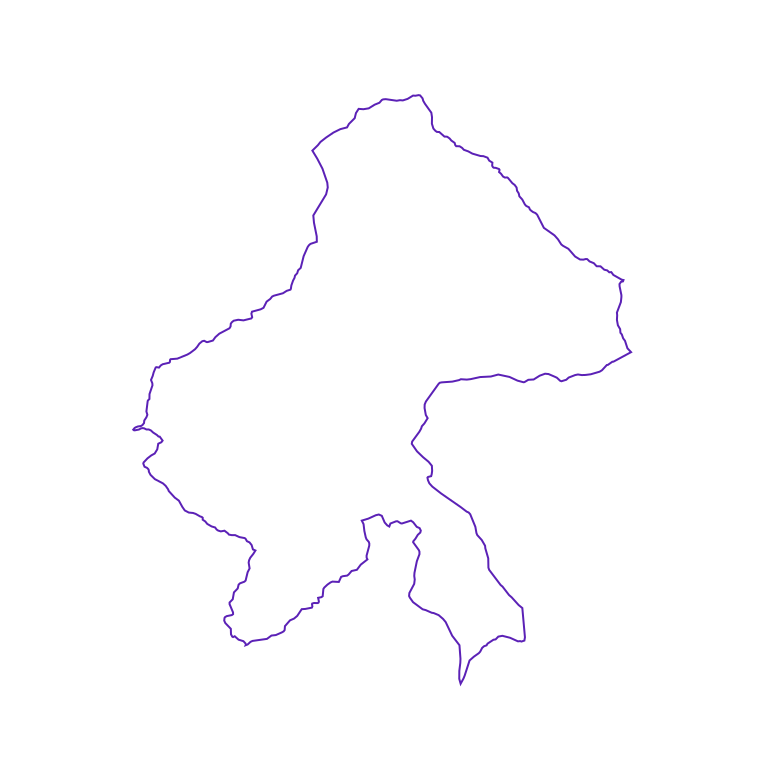 Atahualpa, El Oro, Ecuador, rotated 285°
{"feature_id": "8360857B45777368126824", "entity_name": "Atahualpa", "entity_type": "district", "adm_level": 2, "iso_a3": "ECU", "parent_name": "Ecuador", "parent_adm1": "El Oro", "projection": "orthographic", "projection_center": [-79.756, -3.557], "detail": "fine", "context": "isolated", "style": "outline", "palette": "violet", "viewbox_px": 768, "rotation_deg": 285, "n_neighbors": 0, "source": "geoboundaries", "source_scale": "gbopen_adm2", "svg_char_len": 6160}
<svg xmlns="http://www.w3.org/2000/svg" viewBox="0 0 768 768"><g transform="rotate(285 384 384)"><path d="M335.6,158.5L331.9,158.5L327.6,157.9L324.8,160.0L322.8,160.7L313.6,160.1L308.8,161.3L306.9,160.2L306.0,160.2L296.0,161.6L293.0,163.4L290.3,163.1L286.7,161.9L284.1,162.3L281.8,161.3L280.5,160.1L279.3,157.3L278.0,155.5L277.0,154.5L275.0,153.6L274.6,154.4L274.7,155.2L276.6,159.1L278.2,160.7L278.9,162.2L279.1,163.8L278.6,166.2L279.2,168.5L278.8,170.9L277.4,173.5L276.0,177.8L274.9,179.8L275.1,181.0L272.0,184.8L270.1,184.0L267.9,181.4L262.2,181.9L257.5,180.5L254.8,177.7L251.0,174.8L246.0,172.1L244.8,172.1L242.1,174.1L241.7,176.7L240.8,178.3L239.9,179.1L238.4,179.6L235.8,182.0L232.8,187.3L230.8,196.2L229.1,199.5L226.4,202.7L224.9,203.8L220.1,211.3L218.2,216.1L213.0,221.1L210.3,224.3L209.3,228.7L210.0,232.9L209.8,235.7L208.5,240.6L208.4,242.4L207.9,243.5L206.0,244.0L205.0,246.9L203.1,249.5L201.8,254.3L201.7,258.0L200.1,260.0L199.5,261.7L199.4,264.5L201.0,267.9L199.4,271.8L198.4,273.2L198.6,276.0L199.5,279.3L198.7,284.0L199.1,289.3L198.7,290.3L196.7,292.3L196.2,295.1L194.2,297.8L190.3,300.2L189.9,302.9L186.0,301.7L181.6,299.8L178.8,299.3L176.4,299.5L171.1,301.9L166.9,301.0L158.3,301.2L156.9,300.3L154.2,296.5L152.6,295.5L148.6,295.6L143.9,293.0L136.9,293.6L133.0,291.4L131.4,291.8L124.3,297.3L122.6,297.8L121.4,296.8L119.1,292.2L117.7,290.8L116.8,290.5L114.1,290.9L112.0,292.6L107.9,299.4L102.6,301.0L100.7,302.8L100.5,303.7L101.7,305.1L99.4,309.7L99.2,314.8L97.6,317.3L96.5,318.1L95.9,318.0L97.1,319.7L100.4,321.8L101.8,323.5L107.5,336.9L111.9,340.4L113.5,344.5L117.6,349.6L119.1,351.1L120.6,351.7L124.5,351.0L131.4,354.4L134.1,357.8L137.5,360.2L145.2,362.8L146.4,366.3L149.3,372.2L150.6,372.4L152.7,371.4L153.4,371.5L154.3,373.0L155.3,376.8L156.0,377.4L157.1,377.4L160.4,375.7L161.9,378.7L163.1,379.7L170.3,378.5L171.9,379.0L175.6,381.3L178.5,383.7L179.8,385.4L181.1,391.6L186.6,392.5L187.7,394.0L189.4,398.0L190.8,399.1L195.0,401.1L197.5,405.9L203.5,408.3L210.3,413.4L211.7,412.2L213.7,411.6L224.0,411.6L226.1,411.1L227.6,410.1L229.4,407.4L231.1,406.1L236.9,403.1L243.4,400.5L246.3,397.9L249.9,403.7L255.1,410.0L256.6,412.8L256.1,416.0L250.4,420.5L248.3,423.7L247.7,426.0L250.9,426.3L254.5,431.2L254.9,432.6L253.8,436.2L253.9,437.4L259.0,445.4L258.0,448.0L254.5,452.6L254.0,455.7L251.9,457.5L249.9,457.5L247.1,455.7L242.7,454.4L239.6,453.0L238.7,453.1L232.6,460.6L231.3,461.6L228.8,462.3L221.3,461.6L209.5,462.3L206.4,462.9L203.1,464.3L198.7,464.9L188.7,462.6L185.7,463.1L184.3,464.3L180.8,468.5L176.4,479.6L176.4,482.8L175.4,489.3L175.6,491.3L174.9,496.6L172.4,501.8L170.0,505.2L158.5,515.0L151.2,524.5L138.3,529.0L134.3,529.9L126.4,531.0L118.7,533.0L114.3,535.6L120.1,537.0L123.3,537.4L139.1,538.2L143.9,541.4L148.6,545.3L150.4,546.2L154.5,547.1L156.6,548.5L158.1,550.7L160.0,551.2L165.3,555.9L166.2,557.9L169.6,559.8L171.4,563.5L171.5,571.4L170.1,580.0L170.9,582.1L170.8,583.4L172.5,586.0L175.8,585.7L203.4,575.6L205.3,571.3L211.0,562.5L212.5,559.4L219.0,550.9L220.0,548.7L231.7,533.7L233.6,532.4L242.6,529.8L251.5,524.4L253.9,523.5L258.6,518.8L262.2,513.2L263.9,511.9L269.7,509.2L280.5,501.0L281.8,499.0L282.1,496.9L284.9,490.1L293.0,467.6L297.4,457.2L299.8,453.5L302.4,451.4L304.8,450.2L305.6,450.6L307.2,453.4L309.3,453.4L312.5,453.0L317.4,451.4L320.4,447.2L323.4,440.7L327.5,433.3L333.4,426.3L335.7,426.1L347.0,430.5L350.5,431.4L353.0,431.5L356.3,433.2L362.3,435.0L364.9,432.4L371.3,429.4L374.7,428.6L377.9,429.0L398.3,436.7L399.6,437.5L400.5,439.3L404.0,449.4L407.2,455.5L408.5,457.0L409.7,462.9L411.1,466.4L415.6,475.1L418.9,485.3L422.7,491.9L423.3,503.4L421.8,512.1L421.8,518.3L422.2,519.2L425.4,522.3L427.1,527.4L432.3,532.2L435.6,536.9L436.2,540.3L435.2,547.2L434.8,549.4L432.7,553.3L432.6,554.7L435.3,559.0L438.0,560.7L442.1,566.3L443.4,568.9L443.8,572.7L444.9,576.3L446.9,581.2L451.7,589.1L453.7,591.0L460.0,594.3L460.4,595.3L464.6,598.8L465.0,599.9L478.7,614.4L481.5,609.9L488.1,605.6L490.0,603.2L493.4,600.9L494.7,599.1L498.1,597.9L501.3,594.7L506.2,592.4L510.9,591.4L513.2,590.5L524.4,591.6L529.5,590.8L531.3,590.3L539.3,586.3L541.5,585.6L544.0,586.5L545.0,588.3L546.4,588.4L546.3,586.6L548.7,577.3L550.9,574.6L550.2,572.7L551.5,570.2L551.4,567.2L553.7,562.7L552.8,558.9L555.0,555.4L555.6,550.8L557.2,548.0L557.0,546.7L555.7,544.3L555.0,541.1L556.6,535.6L562.3,527.1L563.8,521.2L564.7,519.1L568.8,514.6L571.7,510.2L576.2,498.0L587.2,488.1L588.3,486.1L588.7,483.3L589.6,481.1L590.3,479.8L592.2,478.3L592.8,475.3L593.9,473.6L598.0,469.8L600.3,466.2L603.0,464.8L605.1,462.5L608.1,461.2L610.1,458.7L611.2,456.0L615.2,450.3L615.4,449.5L614.7,447.4L615.2,445.3L617.4,442.6L618.5,440.3L620.7,440.2L621.4,439.5L621.7,436.0L621.3,434.0L621.6,433.2L622.8,432.0L625.9,431.4L627.0,427.8L629.4,425.4L629.8,421.0L629.2,418.2L629.4,409.7L630.5,405.2L630.9,400.5L632.3,398.3L633.2,395.5L632.4,392.2L633.1,391.1L635.2,389.8L636.6,386.0L638.1,383.9L639.0,381.6L639.2,380.7L638.6,378.4L641.7,372.2L641.2,369.9L641.8,368.2L643.5,365.6L647.8,362.9L654.2,361.3L658.3,359.5L665.3,351.0L667.7,348.6L669.9,347.3L672.1,344.2L672.0,342.7L670.6,339.8L670.1,337.4L665.5,333.0L662.8,328.8L662.3,326.0L660.9,323.0L659.6,312.0L658.7,309.5L657.8,308.4L654.5,306.8L651.4,302.7L646.3,297.9L644.1,293.0L643.2,288.3L638.5,286.8L633.2,286.9L626.1,282.8L622.3,281.9L618.9,275.9L613.8,270.1L607.1,264.3L601.4,260.0L597.5,258.3L590.9,254.4L584.4,261.2L576.1,268.8L563.8,277.1L559.3,278.8L552.2,279.0L528.5,272.1L521.7,274.6L509.2,280.8L504.0,282.3L500.3,276.7L498.5,275.5L496.5,274.8L486.7,273.3L474.6,273.5L471.6,271.6L468.5,271.5L465.7,270.0L463.4,270.1L460.4,269.4L455.2,269.0L451.9,269.4L450.9,269.2L448.8,265.9L445.5,262.9L440.8,254.8L439.5,253.3L436.7,252.1L433.2,249.3L426.4,247.9L424.2,245.5L419.7,237.8L417.6,237.7L414.4,239.4L413.0,238.9L409.1,231.8L408.3,226.5L406.2,222.4L404.2,221.0L402.6,220.4L399.8,220.9L397.8,220.3L390.0,211.9L385.6,209.0L381.7,207.5L378.9,202.9L378.6,201.8L379.2,199.1L378.3,197.4L375.2,195.2L371.5,193.9L368.7,192.5L363.7,188.6L361.5,186.4L355.0,177.8L352.7,171.4L351.9,171.1L349.9,171.5L349.0,171.1L345.8,165.1L344.2,163.6L341.6,162.4L341.4,159.9L340.9,159.2L335.6,158.5Z" fill="none" stroke="#5b21b6" stroke-width="2"/></g></svg>